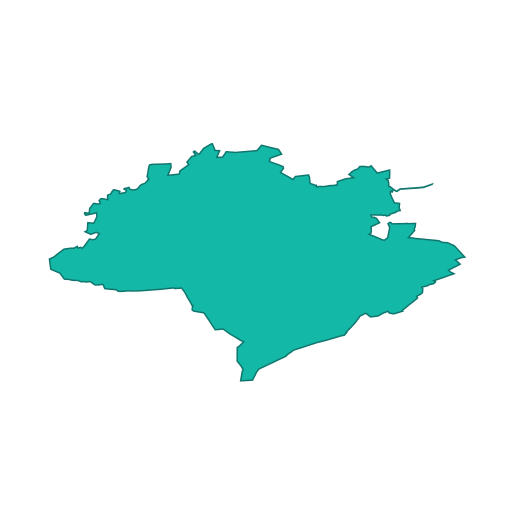 outline of Bārbeles pag., Vecumnieku, Latvia, rotated 166°
{"feature_id": "27541924B85355894177971", "entity_name": "Bārbeles pag.", "entity_type": "district", "adm_level": 2, "iso_a3": "LVA", "parent_name": "Latvia", "parent_adm1": "Vecumnieku", "projection": "natural_earth1", "projection_center": [24.603, 56.465], "detail": "fine", "context": "isolated", "style": "filled", "palette": "teal", "viewbox_px": 512, "rotation_deg": 166, "n_neighbors": 0, "source": "geoboundaries", "source_scale": "gbopen_adm2", "svg_char_len": 5988}
<svg xmlns="http://www.w3.org/2000/svg" viewBox="0 0 512 512"><g transform="rotate(166 256 256)"><path d="M362.7,353.3L363.2,353.4L364.4,353.2L365.1,353.1L366.9,353.4L367.6,353.2L367.8,353.0L367.9,352.9L367.8,352.6L367.7,352.5L366.3,351.7L365.9,351.4L365.8,351.2L365.9,350.9L366.4,350.2L366.9,349.6L367.3,349.2L367.9,349.0L368.5,349.1L369.2,349.3L369.5,349.4L370.1,349.4L371.5,349.3L372.5,349.4L373.5,349.7L373.6,349.9L373.4,350.3L372.5,351.2L372.4,351.5L372.6,351.9L377.7,354.6L378.3,354.7L378.6,354.5L378.8,354.4L379.0,353.9L380.5,353.0L380.9,352.5L381.1,352.0L382.3,351.3L383.6,351.1L385.3,350.9L385.3,350.4L385.9,349.0L385.9,346.9L386.4,346.5L387.6,347.2L391.3,348.8L392.7,349.1L394.8,347.7L394.3,345.0L394.5,344.7L396.4,344.6L397.5,344.8L398.8,345.6L399.1,345.7L399.6,345.7L400.2,346.2L400.8,346.3L405.2,342.9L406.2,341.5L406.4,340.8L406.7,339.9L407.0,339.2L407.3,338.7L407.9,338.2L408.3,338.0L408.6,338.1L409.1,338.3L410.4,339.1L411.5,339.5L411.7,339.4L412.1,339.0L412.0,338.6L411.9,337.8L411.8,337.5L411.4,336.8L411.3,336.7L400.3,336.4L400.8,332.7L403.2,329.7L404.9,327.7L405.2,327.6L405.8,327.1L411.1,329.0L413.5,321.7L416.0,320.9L414.2,319.5L412.1,317.8L411.0,317.0L405.2,317.6L404.1,316.6L402.6,315.8L407.4,311.3L410.3,311.2L413.5,312.7L420.7,306.7L421.7,306.1L422.8,305.7L423.2,305.8L423.9,306.8L427.0,306.8L427.1,308.6L430.9,307.6L433.9,308.4L440.6,309.1L446.2,306.8L452.5,303.9L457.2,303.0L458.3,292.8L450.3,286.7L447.8,280.4L447.1,279.7L443.0,278.5L441.2,277.4L438.8,276.5L434.6,275.3L431.8,273.2L429.3,272.8L426.4,271.7L423.3,271.4L422.8,271.0L419.3,266.9L415.3,265.9L415.0,266.0L414.8,266.0L411.3,265.4L411.2,265.3L410.7,261.3L410.4,260.8L405.9,259.2L400.0,257.2L399.4,256.7L398.3,255.1L395.1,254.2L391.0,253.5L388.3,253.1L384.5,252.0L377.2,250.3L371.9,249.4L356.7,246.8L347.3,245.5L343.1,244.8L342.8,244.1L335.9,242.9L333.9,238.1L332.9,234.1L332.6,232.6L330.5,225.8L330.1,223.5L329.2,223.1L330.0,221.8L330.3,221.2L331.0,219.2L329.8,217.6L320.2,213.4L318.2,207.8L316.5,203.2L316.1,201.8L313.4,194.3L305.8,193.1L305.2,192.7L300.5,187.1L299.3,185.8L299.1,185.7L298.4,185.0L291.1,177.6L288.6,175.8L294.0,172.6L296.3,171.8L299.6,159.0L299.7,158.6L297.2,153.1L296.4,150.5L296.2,149.6L295.9,149.2L297.2,147.4L301.1,138.6L289.4,136.4L286.8,139.4L285.3,141.0L284.0,142.8L281.0,145.3L280.6,145.6L260.9,149.6L252.1,151.3L251.1,151.6L249.3,152.7L246.5,153.9L245.4,154.2L242.4,155.5L241.6,155.6L239.5,155.8L233.8,156.1L219.3,157.2L207.4,157.3L193.7,157.9L189.4,157.8L186.6,159.9L186.9,160.1L183.6,162.6L183.3,162.4L179.1,165.2L176.0,167.2L170.6,171.6L170.4,171.8L169.6,172.6L163.3,173.9L159.8,169.4L159.5,169.2L152.9,168.3L151.1,168.5L146.7,169.8L141.5,170.4L141.3,170.4L140.9,169.2L140.1,168.3L140.0,168.1L136.1,166.5L127.3,167.0L127.8,167.5L120.2,171.2L113.5,174.2L109.4,176.2L109.9,178.1L105.5,179.1L104.2,179.7L103.3,180.3L102.1,183.7L102.7,185.6L98.6,185.7L97.0,185.6L95.5,186.1L94.3,186.3L90.3,186.2L88.5,187.2L88.0,187.6L88.0,187.9L89.4,189.0L79.7,189.8L76.2,190.2L68.2,190.9L71.3,193.6L72.6,195.7L59.9,198.7L63.5,204.0L57.3,204.7L53.7,204.4L61.0,217.8L66.8,222.5L72.0,224.2L73.4,225.3L74.9,226.6L98.1,234.8L98.4,235.1L103.6,237.0L95.9,242.4L96.0,243.9L94.6,245.7L93.3,249.0L100.8,250.6L101.1,251.0L102.8,251.2L116.4,254.3L116.6,255.3L117.5,256.1L118.3,256.2L120.1,255.4L119.4,251.2L121.2,247.3L123.9,241.8L127.8,240.2L130.1,241.6L137.1,246.9L141.1,249.7L140.1,249.9L138.8,250.5L138.1,252.2L137.2,256.6L128.0,258.4L128.9,260.5L129.9,263.2L130.0,263.3L130.4,263.7L131.4,264.4L131.7,264.7L132.0,265.0L132.5,264.8L134.3,265.9L134.5,268.1L125.8,265.7L124.7,266.1L125.1,265.7L122.4,264.5L121.3,264.4L120.5,264.2L119.9,263.3L116.6,263.1L116.1,264.1L110.1,264.5L107.8,265.4L105.1,265.2L105.4,267.9L105.2,268.8L104.0,272.3L108.8,274.0L109.9,278.9L110.7,284.3L110.4,284.6L110.1,285.3L109.9,285.4L109.7,285.6L109.9,286.1L109.7,286.2L109.5,286.3L109.3,286.2L108.9,285.5L108.7,285.3L108.3,285.1L107.8,285.6L107.7,286.4L107.5,286.6L107.1,286.8L106.7,286.9L106.3,286.8L104.2,284.8L103.6,284.6L103.0,284.7L102.8,285.0L102.3,285.3L101.1,285.5L100.8,285.6L100.4,285.9L99.5,285.9L81.8,282.7L76.6,282.0L75.9,282.1L68.0,282.9L67.9,282.9L67.7,283.1L76.6,282.3L81.8,283.0L99.5,286.1L100.5,286.1L100.9,285.7L102.4,285.4L102.6,285.3L103.0,285.1L103.1,284.8L103.3,284.7L103.6,284.7L104.0,284.8L106.0,286.8L106.1,287.0L106.7,287.0L106.9,288.0L109.2,290.8L110.3,291.4L109.6,294.7L109.6,295.8L109.5,297.4L111.1,299.1L107.6,299.2L106.5,303.0L105.5,307.1L118.3,307.1L118.3,307.3L120.8,312.2L122.4,315.6L125.3,315.0L127.3,315.9L128.5,316.4L131.1,317.2L133.8,317.7L134.0,317.6L135.8,316.0L136.0,315.8L139.1,315.6L142.4,314.6L142.8,314.5L142.7,314.3L146.1,312.6L142.3,308.4L151.0,309.2L159.0,308.5L160.0,305.2L161.5,305.5L163.7,305.7L166.7,306.3L168.6,306.6L170.0,306.6L171.1,306.7L172.3,306.9L173.1,306.9L174.5,307.1L176.1,307.8L178.1,308.2L179.6,308.4L180.3,308.3L180.6,308.9L180.5,309.9L179.9,310.4L181.3,309.9L182.4,311.0L185.9,313.3L185.8,315.0L185.5,316.8L185.1,319.4L185.4,321.9L198.6,323.6L201.5,321.3L212.0,331.1L208.1,334.4L208.1,336.2L212.4,339.3L216.3,341.8L220.0,344.3L219.8,344.6L219.7,345.0L219.8,345.5L219.2,346.0L219.3,346.3L219.0,346.7L218.9,347.0L218.8,347.5L206.5,348.6L207.8,352.2L208.4,354.0L215.2,357.5L223.9,362.1L229.4,358.1L230.9,358.2L251.2,361.5L253.9,362.5L254.0,362.4L259.6,364.4L264.6,359.9L268.8,360.9L269.0,360.8L270.2,361.2L265.8,367.0L270.1,368.2L271.2,375.4L272.2,375.6L280.8,373.1L286.4,368.6L287.0,368.4L290.2,372.7L291.6,372.1L290.1,368.0L294.2,368.2L300.3,363.8L299.2,360.9L309.3,356.9L310.6,354.0L322.0,355.6L316.9,362.7L316.4,366.3L320.8,367.0L334.9,370.1L337.2,370.1L338.0,369.1L339.3,366.6L340.2,364.3L340.2,364.0L342.5,359.4L341.3,356.8L342.3,356.5L342.7,355.6L343.2,355.2L343.9,354.9L345.4,353.8L346.4,353.4L347.9,353.2L349.7,353.1L351.3,352.4L352.3,351.7L353.2,351.0L354.4,350.0L355.4,349.7L356.6,349.5L358.8,349.7L359.4,349.8L360.9,350.6L361.6,351.0L362.5,351.8L362.6,352.2L362.6,353.2L362.7,353.3Z" fill="#14b8a6" stroke="#0f766e" stroke-width="1.5"/></g></svg>